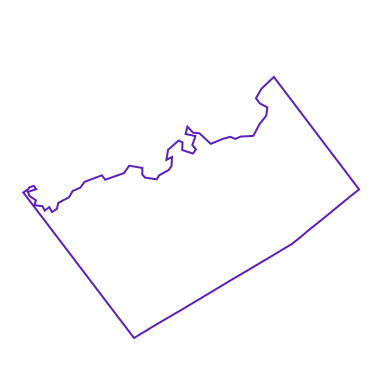 the district of Choctaw, Alabama, United States of America, rotated 233°
{"feature_id": "52423323B57218396029551", "entity_name": "Choctaw", "entity_type": "district", "adm_level": 2, "iso_a3": "USA", "parent_name": "United States of America", "parent_adm1": "Alabama", "projection": "orthographic", "projection_center": [-88.16, 32.004], "detail": "fine", "context": "isolated", "style": "outline", "palette": "violet", "viewbox_px": 384, "rotation_deg": 233, "n_neighbors": 0, "source": "geoboundaries", "source_scale": "gbopen_adm2", "svg_char_len": 1045}
<svg xmlns="http://www.w3.org/2000/svg" viewBox="0 0 384 384"><g transform="rotate(233 192 192)"><path d="M93.5,327.0L234.6,326.6L232.7,309.7L228.4,299.5L221.9,299.5L214.2,303.1L208.2,297.1L205.7,287.1L199.9,274.8L207.0,264.2L208.3,258.6L213.0,255.8L215.8,248.9L219.2,235.9L234.4,233.3L238.8,228.5L246.9,227.7L242.2,221.8L234.6,228.4L229.3,220.5L223.7,220.8L222.1,215.9L231.4,209.4L237.3,214.3L241.1,212.2L240.1,198.3L233.1,190.9L232.0,197.1L225.1,191.3L223.6,186.6L225.1,175.8L223.3,171.5L231.7,163.2L235.8,162.8L241.1,166.8L250.8,157.7L248.0,149.1L254.1,130.0L259.5,130.1L264.8,112.3L262.7,105.4L264.6,97.3L261.8,90.4L263.8,78.6L259.9,74.1L260.2,68.2L265.8,68.9L265.8,63.2L270.6,64.0L276.4,58.2L279.3,62.4L286.6,59.8L290.9,60.9L288.0,69.2L292.1,69.4L293.6,64.9L292.8,62.8L293.2,57.0L110.3,57.8L107.7,83.6L106.5,93.5L103.7,117.7L103.7,118.0L102.0,133.5L98.1,170.5L97.5,176.0L97.4,176.3L92.2,223.3L92.1,224.6L90.4,240.6L90.6,248.9L91.1,259.4L91.2,259.6L92.0,286.1L93.3,316.3L93.5,327.0Z" fill="none" stroke="#5b21b6" stroke-width="2"/></g></svg>